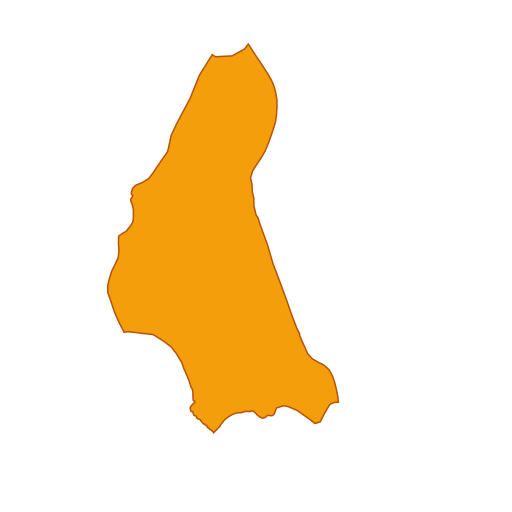 outline of Al Musaymir, Lahij, Yemen, rotated 215°
{"feature_id": "15242507B89977564794878", "entity_name": "Al Musaymir", "entity_type": "district", "adm_level": 2, "iso_a3": "YEM", "parent_name": "Yemen", "parent_adm1": "Lahij", "projection": "natural_earth1", "projection_center": [44.562, 13.43], "detail": "fine", "context": "isolated", "style": "filled", "palette": "amber", "viewbox_px": 512, "rotation_deg": 215, "n_neighbors": 0, "source": "geoboundaries", "source_scale": "gbopen_adm2", "svg_char_len": 3759}
<svg xmlns="http://www.w3.org/2000/svg" viewBox="0 0 512 512"><g transform="rotate(215 256 256)"><path d="M104.7,183.4L108.2,187.6L113.2,192.5L118.8,197.4L124.7,201.7L130.8,204.7L137.5,205.6L144.3,204.6L151.0,204.1L157.9,205.7L163.6,209.2L169.5,212.7L175.2,216.4L175.6,217.3L181.6,220.5L193.2,228.4L205.9,237.6L218.5,246.4L237.7,259.5L252.9,271.7L271.5,284.7L276.0,288.3L279.5,289.7L286.5,295.9L290.9,302.1L296.1,306.7L300.4,312.4L305.4,317.0L307.6,324.0L307.9,331.8L308.1,339.5L308.7,347.1L310.4,354.8L312.4,362.3L314.6,369.7L316.9,376.9L320.2,383.4L323.9,389.5L328.3,395.7L333.3,400.9L338.5,405.3L344.2,408.9L350.4,411.8L357.0,414.5L363.4,417.1L369.5,419.4L376.0,422.0L382.2,424.6L383.9,425.1L384.1,419.1L390.0,406.9L390.5,406.1L403.6,395.9L407.3,395.8L406.1,371.8L400.4,347.4L396.8,318.4L394.6,305.9L393.8,304.2L389.5,293.9L388.2,290.4L388.2,288.8L388.3,280.8L388.2,273.2L388.0,265.2L388.3,257.8L391.2,251.1L395.1,245.0L395.9,240.6L394.5,236.4L393.3,235.1L391.6,234.8L391.2,232.8L391.3,230.7L389.9,229.1L386.5,226.9L383.0,223.6L380.1,219.5L379.4,218.4L377.4,215.3L376.2,212.4L376.1,208.8L376.4,204.6L376.4,202.0L377.7,199.4L380.0,193.5L375.9,187.4L371.5,182.0L368.0,175.7L366.6,168.1L365.5,160.7L363.2,153.6L360.6,146.8L356.5,141.1L350.6,136.9L344.9,132.7L339.3,128.6L330.1,123.0L320.2,117.8L317.5,120.6L317.4,120.6L308.9,125.3L305.0,127.2L296.3,132.1L295.6,132.4L293.0,132.8L282.2,133.2L273.5,132.9L265.2,130.4L255.6,126.1L250.5,122.4L245.4,119.3L240.0,115.9L234.9,112.0L230.8,109.6L230.7,109.5L229.6,108.2L228.7,107.1L228.2,106.3L227.9,105.9L227.4,105.1L226.6,104.2L225.6,102.9L225.1,102.2L224.8,101.9L224.3,101.8L223.9,101.8L223.5,101.8L223.4,101.8L223.0,101.7L222.5,101.5L222.3,101.2L222.3,100.9L222.3,100.6L222.4,100.3L223.1,96.7L223.0,96.1L223.1,95.6L223.1,94.8L223.1,94.4L223.0,94.0L222.8,93.8L222.5,93.4L222.3,93.2L221.9,92.8L221.6,92.6L221.1,92.3L220.8,92.0L220.5,91.7L220.4,91.6L220.2,91.4L219.9,91.4L219.7,91.5L219.2,91.9L219.0,92.1L218.8,92.2L218.6,92.2L218.0,91.8L217.7,91.6L217.5,91.4L217.2,91.2L216.9,90.8L216.5,90.5L216.1,90.2L215.8,90.0L215.4,90.0L214.9,90.0L214.3,90.2L213.7,90.3L213.3,90.5L212.9,90.3L212.5,90.0L212.1,89.7L211.7,89.4L211.1,89.2L210.8,89.2L210.3,89.2L209.7,89.4L209.3,89.6L209.0,89.8L208.5,89.9L208.2,89.9L207.9,89.9L207.5,89.6L207.2,89.5L206.8,89.4L206.3,89.3L205.5,89.1L205.1,89.0L204.7,88.9L204.4,88.8L204.0,88.7L203.7,88.6L203.4,88.4L203.2,88.2L202.9,88.2L202.7,88.5L202.3,88.7L201.8,88.7L201.4,88.7L201.0,88.6L200.7,88.6L200.4,88.5L200.1,88.5L199.9,88.7L199.8,88.8L199.6,88.8L199.3,88.7L199.2,88.6L198.9,88.5L198.7,88.5L198.3,88.5L198.1,88.3L198.0,88.1L197.8,87.9L197.6,87.8L197.4,87.7L197.2,87.7L197.0,87.8L196.8,87.9L196.6,88.0L196.3,88.0L196.0,87.9L195.6,87.8L195.2,87.6L194.9,87.5L194.6,87.4L193.9,87.5L193.6,87.6L193.2,87.7L192.8,87.9L192.6,87.9L192.2,87.8L191.8,87.5L191.6,87.4L191.4,87.5L191.1,87.5L190.6,87.6L189.3,86.9L187.8,96.5L188.1,97.2L188.1,98.9L188.0,99.8L188.0,101.1L187.7,103.8L186.9,106.9L185.9,109.5L184.6,112.3L183.1,114.8L180.9,117.2L180.0,117.9L179.0,118.5L177.3,120.4L175.6,122.5L174.0,123.7L173.0,124.3L172.0,124.8L171.5,125.5L171.0,126.2L170.6,126.4L169.9,127.2L169.1,127.3L168.3,127.3L167.1,127.3L165.1,126.8L163.5,126.4L161.8,126.4L160.5,126.3L159.2,126.5L158.6,126.6L157.8,126.8L156.6,127.9L156.0,128.9L155.6,129.8L155.6,130.7L154.8,132.2L154.4,132.5L154.1,132.7L153.1,133.3L152.1,133.8L151.3,134.4L151.0,135.0L150.6,136.0L150.6,137.1L150.6,138.2L151.1,139.4L151.4,140.4L151.8,142.0L151.9,143.2L151.9,143.5L147.2,149.4L143.7,150.9L143.2,151.1L133.8,153.1L118.8,153.0L117.8,153.0L117.5,153.0L111.9,152.6L110.8,153.6L108.2,157.2L108.8,160.8L109.5,165.5L110.4,176.0L109.8,177.8L108.4,180.3L106.5,182.2L105.6,182.8L104.7,183.4Z" fill="#f59e0b" stroke="#b45309" stroke-width="1.5"/></g></svg>